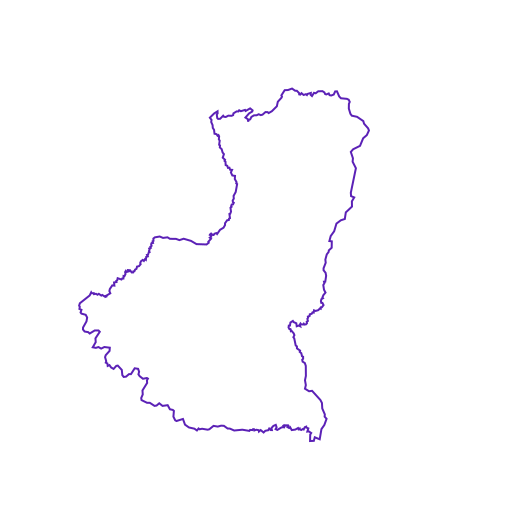 the district of Barcelos, Amazonas, Brazil, rotated 26°
{"feature_id": "56859067B95046472624752", "entity_name": "Barcelos", "entity_type": "district", "adm_level": 2, "iso_a3": "BRA", "parent_name": "Brazil", "parent_adm1": "Amazonas", "projection": "robinson", "projection_center": [-63.596, -0.141], "detail": "fine", "context": "isolated", "style": "outline", "palette": "violet", "viewbox_px": 512, "rotation_deg": 26, "n_neighbors": 0, "source": "geoboundaries", "source_scale": "gbopen_adm2", "svg_char_len": 6121}
<svg xmlns="http://www.w3.org/2000/svg" viewBox="0 0 512 512"><g transform="rotate(26 256 256)"><path d="M158.9,303.8L157.7,304.9L158.7,307.7L157.6,307.5L157.4,309.6L155.9,309.2L154.9,311.2L155.0,313.1L155.9,313.9L155.3,316.4L153.7,317.7L154.2,319.9L153.3,321.2L153.4,323.0L152.5,323.6L152.8,324.6L151.5,325.3L149.1,324.0L147.3,324.7L147.8,325.2L147.1,326.0L147.8,326.1L146.7,327.1L145.5,326.5L145.4,327.8L146.6,329.4L146.6,331.8L145.7,332.0L146.7,334.4L145.6,334.9L145.4,336.1L141.4,336.6L141.9,338.7L141.3,339.7L142.0,340.6L140.0,342.0L141.7,344.7L139.7,345.4L139.1,349.7L139.6,351.8L141.4,353.4L139.1,356.9L139.4,357.9L138.6,358.7L138.1,358.0L137.3,358.7L134.9,358.4L134.3,359.4L131.3,358.9L130.5,360.3L128.8,360.1L127.1,361.3L126.5,360.5L124.7,361.5L123.8,360.9L123.8,364.4L118.4,375.7L118.8,378.2L119.9,378.9L120.5,381.0L122.7,380.9L123.1,383.7L124.4,384.3L128.7,383.5L131.2,385.3L132.3,389.1L131.9,396.1L132.7,397.9L135.1,399.0L138.6,398.0L140.5,398.6L143.7,393.6L147.1,392.0L148.8,392.6L147.8,400.4L149.7,403.7L149.3,409.6L152.3,408.8L154.3,406.9L157.4,407.1L159.6,404.3L164.8,402.5L166.0,405.5L164.4,411.0L164.7,413.1L167.5,416.2L167.7,417.7L169.5,417.7L170.9,419.8L172.1,418.3L174.6,419.7L177.5,419.9L178.6,416.0L179.8,415.1L185.3,417.2L188.1,421.7L190.1,422.7L192.1,421.4L193.6,417.9L195.4,417.0L196.2,410.1L199.5,409.1L201.7,411.3L202.2,413.9L204.1,415.0L208.2,415.9L211.4,413.5L212.6,413.6L212.5,415.6L213.8,417.8L212.9,426.6L214.9,430.1L215.1,434.0L216.3,435.7L222.5,435.7L224.9,434.5L230.5,435.2L232.2,434.0L233.6,430.8L237.7,431.7L242.0,428.8L245.8,431.5L248.7,430.8L250.1,431.2L252.2,436.6L255.4,439.1L256.8,439.2L261.8,434.5L266.1,438.7L270.9,439.5L276.4,438.2L279.4,438.7L280.0,436.2L281.2,436.5L283.3,434.9L288.7,433.3L290.0,432.2L292.3,427.3L296.4,426.1L299.0,423.8L301.6,422.7L306.1,423.5L308.1,422.6L312.9,422.4L319.9,418.1L326.7,416.1L326.9,414.9L329.1,414.0L329.3,412.9L330.3,412.6L331.0,413.5L332.5,412.0L334.7,411.4L335.6,412.5L336.5,410.4L340.2,411.3L341.0,409.0L343.4,407.2L343.5,405.3L345.5,406.0L346.6,405.5L345.3,403.9L346.1,401.1L347.8,399.1L349.6,400.9L349.5,403.0L351.4,403.0L354.2,398.7L356.0,397.8L354.9,396.7L355.3,396.0L356.4,396.9L356.6,395.3L359.1,394.1L359.6,394.4L359.2,395.9L361.2,396.1L361.7,394.9L364.4,396.8L367.4,394.8L369.2,392.2L370.2,393.1L370.9,391.9L371.6,392.7L373.0,392.5L374.0,390.9L374.9,391.0L374.9,388.5L375.9,387.4L376.3,388.1L378.6,388.0L379.1,391.3L380.4,390.5L383.2,390.9L383.0,392.7L385.7,398.6L389.0,396.8L388.3,393.2L393.6,392.8L390.7,382.9L391.5,377.9L390.8,371.4L388.1,370.3L387.3,368.2L382.4,364.0L379.7,359.2L377.0,357.2L365.5,352.6L363.0,354.3L358.2,353.8L357.4,350.2L354.5,346.2L353.4,341.9L348.9,332.9L346.8,330.8L344.2,330.5L343.0,329.0L343.4,327.7L342.5,325.9L341.3,325.9L339.3,323.5L337.3,323.0L337.1,321.7L333.3,321.1L332.4,319.3L330.9,319.0L326.5,313.3L325.2,312.6L325.2,310.3L323.8,309.0L320.6,307.6L320.2,308.2L319.0,306.6L318.0,307.0L316.6,306.0L316.0,304.2L317.0,303.6L316.1,300.7L317.6,298.2L318.8,298.9L321.7,298.8L323.4,301.3L324.9,299.8L326.5,299.8L325.5,298.8L325.6,297.2L326.7,297.7L328.4,296.9L328.6,295.9L329.6,296.4L330.9,295.5L331.3,294.1L330.4,292.9L331.1,291.6L329.7,289.9L329.9,288.6L329.2,287.7L330.5,286.3L329.9,284.8L331.4,283.5L331.5,281.9L332.7,281.6L332.0,279.4L333.6,279.3L335.7,277.4L336.4,275.2L337.3,275.1L336.8,273.7L337.7,273.1L338.2,270.5L336.2,269.0L335.2,269.5L334.1,268.1L333.7,266.1L334.7,264.6L333.9,264.3L333.7,261.7L334.5,258.4L331.9,256.5L329.2,252.6L329.4,250.5L328.4,249.3L329.5,248.7L327.7,243.0L325.9,240.6L323.0,239.2L322.1,237.4L321.6,231.5L319.9,228.8L318.9,223.5L319.5,220.6L319.0,219.0L320.4,215.4L317.7,209.6L315.4,210.4L314.4,205.3L315.4,199.5L314.1,191.6L316.6,186.7L319.6,183.8L317.6,177.4L320.6,169.5L318.2,164.8L318.6,160.3L315.2,160.5L313.5,157.6L307.3,133.3L301.5,128.9L300.3,125.7L295.6,120.9L296.5,117.5L301.2,111.4L300.7,103.2L302.6,98.8L302.5,93.7L300.8,92.1L295.1,89.7L293.3,87.7L285.8,86.6L280.6,87.9L278.5,86.8L274.8,82.8L272.8,78.5L272.7,76.4L270.8,74.9L268.8,74.9L263.2,77.0L260.8,76.1L256.6,72.5L255.0,73.4L255.1,76.8L253.2,78.8L251.6,79.2L250.1,78.0L248.3,80.0L247.1,80.1L245.8,79.0L243.5,78.7L239.7,80.7L238.3,83.6L236.6,83.9L236.2,87.7L234.5,87.2L233.8,85.4L231.3,87.7L231.2,89.0L229.9,88.7L228.2,90.4L225.5,89.7L225.1,91.5L224.0,91.8L223.4,90.7L220.3,89.6L218.7,90.3L215.0,89.7L212.0,92.8L209.1,94.4L208.4,100.5L209.5,101.4L209.5,102.6L208.0,107.8L209.1,112.3L206.8,118.9L204.7,122.0L203.4,121.6L201.4,122.5L199.9,126.1L198.5,127.3L196.3,127.4L194.9,129.2L192.5,130.5L190.9,133.0L190.9,135.7L189.7,137.0L190.1,138.7L188.6,136.6L185.8,136.2L187.3,130.8L189.3,127.8L189.1,126.6L186.0,125.9L183.1,130.2L182.1,129.5L178.9,132.5L177.0,132.4L176.8,133.8L175.2,134.5L173.2,137.7L173.7,139.4L172.6,140.7L169.6,142.0L167.9,144.3L166.2,144.9L165.0,144.3L163.6,148.4L161.9,149.4L160.7,149.0L158.7,146.0L159.0,144.7L158.0,142.8L155.9,146.2L153.9,151.9L156.4,153.2L157.0,155.2L159.6,157.4L161.0,159.8L163.0,161.0L165.1,164.3L167.1,163.8L168.8,164.8L169.3,163.8L170.4,164.6L171.5,167.5L172.8,168.2L174.1,172.2L175.2,172.4L175.9,174.3L178.3,175.0L180.6,177.6L182.5,178.5L183.0,182.2L186.0,183.1L186.0,184.3L187.2,184.6L188.9,187.6L190.6,187.5L192.2,189.1L193.4,188.3L194.9,189.8L196.7,189.1L196.8,191.9L199.4,194.0L202.0,193.2L203.2,196.1L206.2,198.2L206.4,199.4L207.5,199.6L209.7,207.4L209.5,211.8L210.9,214.2L210.7,216.3L211.6,217.7L212.7,217.9L212.7,219.7L211.6,220.4L211.8,222.1L212.5,222.5L211.9,223.8L214.1,227.1L214.3,229.4L213.7,229.9L216.0,233.4L215.4,234.2L215.8,235.6L214.4,236.5L213.8,240.1L214.6,241.8L214.4,244.8L212.2,248.2L211.4,253.3L210.3,252.8L208.9,254.2L208.7,255.7L206.8,256.5L207.2,255.9L205.8,255.5L205.2,256.9L207.3,258.4L206.5,259.8L208.0,260.2L206.9,264.1L207.7,264.8L206.5,267.3L197.3,271.4L191.0,270.9L183.4,272.2L180.2,275.3L176.5,275.7L171.1,278.3L168.3,278.0L164.5,280.5L160.9,280.7L156.9,283.6L156.1,285.3L157.2,287.3L156.6,288.1L157.7,289.4L156.5,290.2L156.6,291.4L157.7,292.6L157.0,294.0L157.9,294.8L156.7,296.1L157.6,296.9L157.6,298.4L158.6,299.1L158.0,299.8L158.4,302.1L157.6,302.8L158.9,303.8Z" fill="none" stroke="#5b21b6" stroke-width="2"/></g></svg>